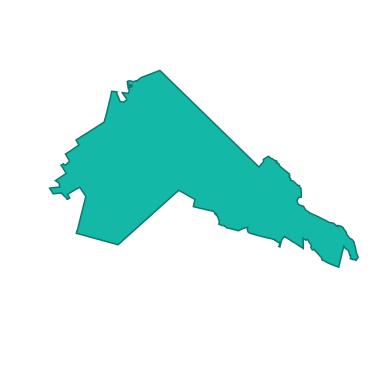 Babītes pag., Babites, Latvia (Albers equal-area conic projection), rotated 67°
{"feature_id": "27541924B20304817585286", "entity_name": "Babītes pag.", "entity_type": "district", "adm_level": 2, "iso_a3": "LVA", "parent_name": "Latvia", "parent_adm1": "Babites", "projection": "albers", "projection_center": [23.861, 56.895], "detail": "fine", "context": "isolated", "style": "filled", "palette": "teal", "viewbox_px": 384, "rotation_deg": 67, "n_neighbors": 0, "source": "geoboundaries", "source_scale": "gbopen_adm2", "svg_char_len": 5447}
<svg xmlns="http://www.w3.org/2000/svg" viewBox="0 0 384 384"><g transform="rotate(67 192 192)"><path d="M67.9,226.6L72.2,229.5L75.8,232.2L76.0,232.3L76.4,232.6L78.5,234.2L80.3,235.5L80.8,235.9L84.4,238.6L88.7,241.9L91.0,243.6L90.9,243.7L91.3,244.0L93.5,245.7L93.4,245.9L93.4,246.1L93.6,247.5L94.8,254.4L96.2,262.5L96.4,263.6L96.9,266.7L97.2,268.7L97.4,269.8L97.4,270.0L97.8,272.4L98.2,274.7L98.8,278.4L104.6,277.7L104.7,278.3L104.9,279.1L105.1,280.0L105.5,282.3L106.2,285.7L107.4,292.0L107.4,292.3L107.6,293.7L107.9,293.6L112.1,293.1L113.3,292.9L114.5,292.8L114.8,292.8L116.0,293.1L116.8,295.1L116.7,295.2L117.6,297.0L117.4,299.0L115.9,299.2L116.2,302.1L117.2,301.8L125.7,300.5L128.2,313.3L129.6,312.4L131.6,311.0L135.8,311.8L134.4,316.1L133.8,318.0L133.4,319.2L133.0,320.9L132.9,321.6L139.4,320.5L141.8,312.9L141.8,312.7L142.4,312.6L143.2,312.2L145.5,311.3L146.7,310.7L148.9,309.8L149.8,309.9L150.0,309.7L150.1,308.9L150.0,308.0L149.8,306.9L149.6,306.9L149.3,306.9L145.7,307.5L145.6,307.4L144.8,302.3L144.7,301.7L144.1,297.6L143.9,293.6L145.7,293.1L149.5,292.4L151.5,292.0L154.3,291.5L154.6,291.5L159.4,295.1L162.7,297.6L165.8,299.9L168.0,301.6L168.7,302.1L169.6,302.8L170.8,303.7L171.3,304.1L172.3,304.9L173.2,305.4L174.6,306.6L175.8,307.5L176.1,307.7L178.1,309.2L179.1,309.9L180.0,310.6L182.5,312.5L182.8,313.1L183.1,313.4L184.8,314.6L211.7,280.6L209.3,273.8L197.2,238.4L186.3,206.6L185.3,203.5L200.0,192.2L206.0,196.5L208.7,192.8L209.8,191.4L209.7,191.5L213.2,186.7L216.5,182.1L217.5,180.7L218.2,179.8L220.2,179.2L220.4,179.4L220.7,179.5L221.3,179.4L221.5,179.0L221.5,178.5L221.5,178.3L221.7,178.0L222.1,178.2L222.7,178.4L222.8,178.6L223.0,178.4L223.9,178.3L224.0,178.3L224.7,178.1L225.5,178.0L225.8,178.0L226.7,178.1L229.1,178.3L229.7,178.4L229.8,178.4L229.9,178.5L231.2,179.3L232.1,179.9L234.5,177.6L235.4,175.7L238.5,174.0L245.5,164.7L245.9,164.3L245.7,162.7L245.6,161.8L245.6,161.0L245.7,159.9L245.7,158.6L245.8,156.4L245.8,156.1L245.9,155.9L245.9,155.7L246.1,155.3L246.2,155.1L246.4,154.8L246.4,154.7L246.6,154.8L246.9,155.1L247.2,155.3L247.3,155.5L247.6,155.6L247.8,155.7L248.2,155.8L248.7,155.9L250.6,156.0L250.6,155.7L252.0,155.4L254.5,152.4L257.4,148.8L263.8,140.4L264.7,139.0L268.2,134.4L268.7,134.7L269.2,134.4L271.2,132.9L271.6,132.5L272.6,131.3L275.5,132.5L275.8,132.8L276.2,133.3L276.9,132.6L271.3,128.3L269.7,125.6L269.2,124.8L268.9,124.4L269.9,123.7L270.0,123.9L270.3,123.6L270.5,123.3L270.6,123.2L272.8,121.7L273.5,121.2L275.1,120.1L276.6,119.2L278.8,117.5L279.8,116.7L280.9,116.1L282.5,115.1L285.3,113.1L287.5,111.7L284.9,110.5L283.4,109.9L277.9,107.8L278.5,107.5L280.1,106.5L280.4,106.4L280.9,105.9L280.5,104.2L282.8,103.9L288.3,103.0L288.9,103.9L289.3,104.3L291.7,104.0L292.7,103.3L292.6,102.1L301.5,99.0L302.7,98.6L305.8,98.7L305.8,98.4L306.5,97.6L308.3,96.2L308.9,95.9L309.8,95.1L311.2,93.8L311.9,93.2L314.7,90.4L316.1,88.9L318.6,86.3L316.1,84.5L310.8,80.6L306.7,77.6L304.1,75.6L301.5,73.7L301.2,73.5L301.5,73.4L302.3,73.3L302.9,73.2L303.5,73.0L303.8,72.9L304.0,72.8L304.3,72.6L305.2,71.8L305.6,71.6L305.8,71.4L306.3,71.2L306.7,71.2L307.3,71.1L307.5,71.1L308.2,71.0L311.7,71.5L312.3,70.8L313.3,71.5L314.1,71.6L315.2,72.3L316.1,70.7L316.5,71.0L317.1,70.3L317.7,68.8L318.0,68.6L319.1,67.7L318.2,66.4L317.6,65.4L317.1,64.6L314.0,64.4L311.3,64.3L308.6,63.6L305.3,63.1L300.9,62.4L297.9,63.4L296.4,64.8L291.4,66.1L289.5,65.7L288.0,66.1L287.9,66.0L287.1,66.3L285.0,66.8L284.9,66.8L284.4,66.7L283.7,66.9L283.5,67.0L282.3,67.7L281.4,68.7L279.8,70.8L280.8,71.4L279.6,72.1L278.3,72.8L277.0,73.4L276.2,73.8L275.8,74.4L275.6,74.6L273.9,77.0L273.5,77.8L270.9,79.6L270.5,80.0L269.3,81.0L267.3,82.8L265.0,84.8L264.7,84.9L259.6,89.6L257.4,91.6L255.0,93.1L252.9,94.4L252.5,94.5L249.1,94.9L248.6,95.1L248.2,95.5L248.3,95.5L247.9,95.8L247.3,96.6L246.0,98.2L244.3,99.0L242.8,99.0L242.4,99.0L240.6,98.5L238.7,95.8L239.4,93.4L238.2,92.8L232.6,90.7L231.4,90.3L231.2,90.2L230.6,90.7L230.2,90.7L228.8,90.9L228.0,90.6L227.1,92.0L226.9,92.2L224.9,93.1L222.9,93.9L221.6,94.5L220.1,96.0L219.8,96.8L218.1,96.0L216.1,96.8L215.9,96.3L215.5,95.6L214.3,95.7L213.5,95.2L212.2,96.1L211.6,96.2L210.7,96.9L210.4,97.0L210.0,96.9L209.6,97.2L209.6,97.6L209.5,97.8L208.3,98.1L207.3,98.6L206.5,98.9L205.6,99.5L205.2,99.7L204.9,99.9L203.5,100.5L201.9,101.2L200.3,101.0L199.0,101.6L199.1,101.9L199.0,102.1L198.3,102.8L197.7,102.6L197.2,102.4L197.0,101.9L196.1,102.2L196.1,102.8L195.4,103.3L194.1,104.3L193.0,104.9L192.4,105.3L191.9,106.3L191.7,106.4L190.8,106.7L190.1,107.1L189.4,107.3L189.0,107.7L189.8,113.2L189.9,113.6L190.1,113.7L190.4,113.8L191.0,113.9L191.4,114.0L191.8,114.2L192.1,114.5L192.4,115.0L192.6,115.5L192.7,115.8L194.8,119.7L195.1,120.6L67.5,174.1L66.8,193.6L66.8,194.0L67.2,195.8L67.3,195.9L67.7,197.3L68.1,199.4L68.2,199.7L67.8,199.9L67.5,203.0L67.4,203.3L66.0,204.8L65.2,206.1L64.9,207.5L65.0,208.4L66.6,208.8L66.7,208.4L67.1,208.5L67.1,209.1L70.3,209.8L70.4,208.8L68.8,208.4L69.2,207.0L70.5,207.3L70.4,206.4L70.1,206.3L70.0,205.6L71.4,205.9L71.6,206.9L71.4,207.6L71.1,209.0L70.8,209.6L71.0,210.0L72.4,210.3L73.5,209.6L74.7,210.5L76.2,212.2L76.3,212.3L75.3,213.8L73.7,216.5L73.2,217.4L73.4,217.5L73.5,217.5L75.9,216.9L76.8,216.7L77.6,216.5L78.4,216.4L79.2,216.0L80.2,216.0L81.0,215.9L81.9,216.2L82.3,219.2L82.6,219.3L82.5,220.1L80.5,222.7L80.4,222.8L78.8,222.8L74.3,222.7L73.3,222.7L73.2,222.7L70.8,222.7L70.5,222.3L70.5,222.2L70.4,222.3L69.6,223.6L68.9,224.6L68.9,224.8L67.9,226.6Z" fill="#14b8a6" stroke="#0f766e" stroke-width="1.5"/></g></svg>